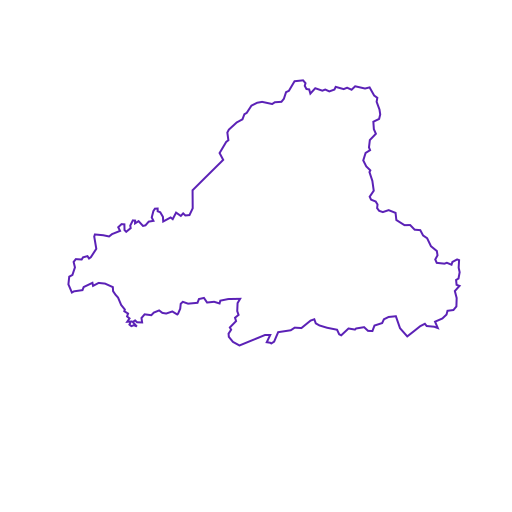 Jayuya, Puerto Rico, rotated 245°
{"feature_id": "32010507B17453471751527", "entity_name": "Jayuya", "entity_type": "district", "adm_level": 2, "iso_a3": "PRI", "parent_name": "Puerto Rico", "parent_adm1": "", "projection": "mercator", "projection_center": [-66.589, 18.225], "detail": "fine", "context": "isolated", "style": "outline", "palette": "violet", "viewbox_px": 512, "rotation_deg": 245, "n_neighbors": 0, "source": "geoboundaries", "source_scale": "gbopen_adm2", "svg_char_len": 3151}
<svg xmlns="http://www.w3.org/2000/svg" viewBox="0 0 512 512"><g transform="rotate(245 256 256)"><path d="M316.2,78.0L309.6,74.0L300.7,73.7L300.9,76.1L298.4,84.3L300.7,86.7L300.8,96.4L297.8,95.7L298.1,102.0L294.8,107.5L288.3,113.1L284.5,111.6L280.3,112.3L276.6,113.4L268.6,113.1L262.9,114.5L261.6,113.3L257.9,115.7L255.7,113.6L252.9,115.0L250.8,111.5L249.5,114.9L247.3,112.3L245.1,113.4L244.9,116.1L242.5,118.2L248.3,116.4L248.7,119.2L246.2,120.2L243.9,124.7L248.2,126.0L250.2,130.4L246.6,136.1L247.9,139.5L247.6,145.2L244.0,147.1L241.8,150.3L241.1,156.7L236.3,159.9L236.6,160.9L240.2,165.0L244.5,167.6L245.4,170.3L241.5,174.3L238.3,183.2L241.1,186.1L240.0,191.1L234.5,192.0L232.2,198.7L228.4,202.9L230.6,204.8L228.7,212.7L223.9,223.5L221.1,219.4L214.0,215.7L210.0,215.3L208.9,210.9L205.4,210.4L202.3,202.1L199.7,202.3L197.2,198.3L194.2,197.2L187.9,198.8L181.9,203.2L180.6,230.8L178.4,235.5L173.3,229.3L171.4,232.2L170.3,232.9L170.7,236.2L177.6,243.9L174.0,256.1L174.7,260.8L171.5,266.7L174.4,278.2L174.0,282.1L169.7,281.7L166.3,284.1L161.0,290.0L154.9,298.3L149.9,298.3L148.1,299.7L151.2,309.2L147.5,314.6L148.0,316.1L145.8,323.9L140.8,325.9L138.8,329.8L142.9,334.0L141.9,342.0L144.6,345.2L144.7,350.4L142.3,357.3L129.7,356.0L119.2,359.1L121.0,366.9L123.0,375.2L123.2,380.4L120.4,381.1L116.6,387.6L113.9,390.3L120.8,390.5L120.6,398.5L122.4,403.9L125.4,406.4L123.6,412.1L125.6,416.3L133.1,420.1L140.2,421.4L142.9,427.8L145.1,425.6L149.7,427.2L150.0,430.0L155.2,433.7L159.7,434.7L166.4,438.3L167.9,436.8L167.6,431.5L165.5,429.5L169.2,426.1L169.4,423.6L173.4,416.9L177.1,417.0L179.9,420.8L184.1,422.0L190.9,418.7L199.8,418.6L204.0,416.1L210.0,415.8L212.8,410.9L218.9,408.8L221.2,403.6L229.3,398.4L236.1,400.7L241.5,395.6L242.2,389.5L244.9,386.7L248.2,386.0L251.3,387.9L254.8,387.5L258.1,384.4L258.5,384.1L261.7,384.1L265.4,390.3L274.9,393.2L284.1,394.3L285.3,395.8L290.6,393.8L297.3,393.6L303.1,398.9L303.7,404.1L306.7,404.3L313.0,408.2L316.1,416.3L321.1,416.4L328.1,419.1L328.2,425.5L331.8,428.4L336.5,429.8L344.8,430.5L348.1,432.8L351.5,430.9L360.8,430.2L361.7,425.6L367.9,417.6L366.3,412.9L370.0,409.7L370.2,406.0L375.6,399.7L373.7,397.4L374.2,392.0L377.6,389.1L377.8,386.0L383.0,380.6L380.2,373.9L384.5,374.6L386.0,372.3L389.6,372.1L391.7,373.9L395.3,372.9L398.1,364.8L391.8,355.6L391.8,352.5L386.7,347.7L385.0,344.2L387.4,338.0L386.9,334.9L393.1,326.7L394.4,321.8L394.2,315.4L389.6,308.0L389.4,305.4L385.6,301.5L385.2,295.0L382.0,284.8L380.0,282.2L372.6,279.9L372.0,277.2L364.7,266.5L357.0,266.9L348.4,242.9L342.4,226.3L326.0,218.8L321.2,213.0L322.6,209.1L325.4,208.0L324.1,204.8L329.1,201.9L324.6,196.1L327.0,194.9L326.5,186.5L330.8,188.2L336.1,187.7L338.1,185.8L340.6,186.9L341.6,184.4L340.1,182.0L335.0,177.8L331.2,177.9L332.5,173.3L330.5,168.8L331.0,166.3L337.2,164.3L336.7,160.2L339.2,161.4L340.3,159.4L336.7,154.9L334.2,154.2L332.8,148.6L335.1,147.8L340.3,150.1L341.7,147.6L340.3,143.3L336.2,143.4L336.7,134.9L335.8,131.1L339.4,126.3L343.6,119.1L342.0,117.6L330.0,114.3L324.7,105.8L324.3,103.6L327.1,103.2L327.9,98.7L326.5,96.5L329.3,91.4L327.7,88.2L322.2,87.1L316.4,81.6L316.2,78.0Z" fill="none" stroke="#5b21b6" stroke-width="2"/></g></svg>